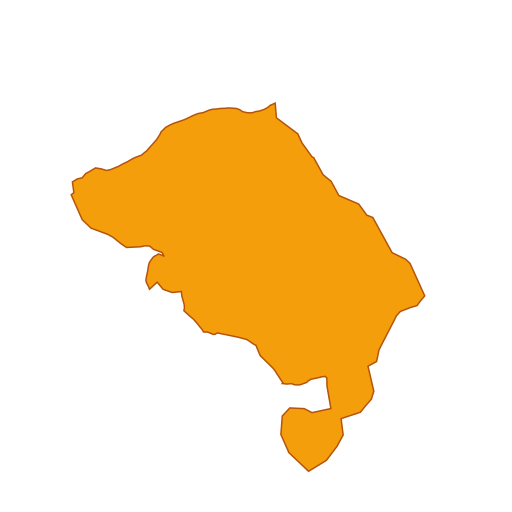 Isiala-Ngwa North, Abia, Nigeria, rotated 41°
{"feature_id": "59680162B87049040782715", "entity_name": "Isiala-Ngwa North", "entity_type": "district", "adm_level": 2, "iso_a3": "NGA", "parent_name": "Nigeria", "parent_adm1": "Abia", "projection": "mercator", "projection_center": [7.407, 5.382], "detail": "fine", "context": "isolated", "style": "filled", "palette": "amber", "viewbox_px": 512, "rotation_deg": 41, "n_neighbors": 0, "source": "geoboundaries", "source_scale": "gbopen_adm2", "svg_char_len": 2779}
<svg xmlns="http://www.w3.org/2000/svg" viewBox="0 0 512 512"><g transform="rotate(41 256 256)"><path d="M170.1,128.0L169.4,129.7L167.9,132.9L167.4,136.2L166.0,140.0L163.6,144.2L161.2,147.0L158.9,150.7L155.6,153.5L151.3,155.8L147.6,156.3L144.3,157.6L142.7,158.8L138.7,161.8L134.9,165.6L132.0,168.3L129.7,171.1L126.8,173.9L124.9,176.7L122.1,182.4L118.8,186.5L117.2,189.5L115.9,192.2L114.4,195.9L112.5,200.1L110.6,203.4L106.8,209.9L104.9,214.1L103.4,218.3L103.1,222.4L102.9,224.4L103.8,227.7L104.3,231.2L104.6,233.8L104.6,237.6L104.6,238.8L104.5,243.2L104.5,248.4L103.9,251.6L103.4,254.9L100.6,260.1L100.3,260.7L99.1,263.3L99.1,263.5L98.5,265.1L97.2,269.0L94.8,274.6L93.3,278.8L91.4,282.5L89.5,286.3L87.1,289.5L82.0,291.8L77.1,294.8L74.9,301.6L73.4,305.4L73.5,311.0L70.5,315.2L69.5,318.5L68.8,320.5L77.0,327.7L76.3,331.0L101.0,342.6L113.3,343.2L130.3,336.8L135.7,335.7L145.9,335.3L151.2,334.7L152.7,334.5L163.1,324.5L165.3,321.4L169.1,318.3L174.3,318.2L182.8,315.0L184.4,315.6L187.1,316.6L186.2,316.6L184.0,317.3L181.0,318.5L180.7,319.9L179.8,322.1L179.4,323.2L179.2,324.3L179.4,328.0L179.7,330.1L179.9,331.1L180.3,332.0L181.0,333.5L182.6,336.0L183.8,337.9L185.6,341.1L187.5,344.5L188.4,345.9L189.3,346.9L190.0,347.5L191.3,348.2L193.2,348.9L195.3,349.8L196.5,350.4L197.1,350.9L197.5,351.0L198.0,345.9L198.6,340.6L207.8,342.1L216.6,338.6L223.0,331.8L223.3,332.2L226.5,335.0L231.9,338.6L233.6,339.7L235.0,341.1L236.0,342.1L237.5,344.6L243.9,344.8L247.3,344.8L250.3,344.7L254.6,345.3L260.2,346.3L263.3,346.8L265.2,347.3L266.2,347.8L269.2,345.3L270.0,345.0L273.3,343.8L274.8,343.4L275.8,342.7L276.4,342.1L277.2,339.5L288.3,333.2L296.4,328.7L304.0,325.0L311.0,324.2L312.6,324.0L314.4,323.4L324.0,328.2L324.4,328.4L325.1,328.5L326.0,328.5L331.0,328.8L340.7,329.4L343.2,329.6L345.9,330.2L348.5,331.0L356.2,333.2L359.1,334.0L359.5,334.0L359.5,335.0L360.0,334.6L361.9,333.4L363.5,332.2L366.4,329.2L367.6,328.6L369.2,328.1L371.0,326.8L373.4,324.8L374.9,322.3L376.1,320.1L377.2,318.2L377.4,315.7L378.2,313.6L378.3,312.9L379.6,311.4L380.5,310.1L382.2,307.9L384.2,305.1L384.4,304.6L385.6,303.3L386.5,302.3L386.9,301.6L389.4,301.5L394.8,307.5L412.6,322.0L401.0,337.5L392.6,339.5L381.2,348.5L380.8,359.5L391.9,374.4L408.8,382.3L409.4,382.8L436.9,384.0L443.2,364.0L442.0,346.5L439.2,333.9L426.9,322.9L437.3,305.4L437.0,297.9L437.0,288.5L433.7,280.8L412.8,265.7L416.2,256.6L414.9,254.1L410.4,246.1L408.5,238.5L402.3,213.1L401.2,209.0L401.3,203.5L401.7,202.4L406.4,193.5L410.1,187.7L409.6,182.9L409.5,175.4L377.0,160.5L371.0,160.3L356.5,164.2L318.9,150.3L312.7,152.5L299.5,149.4L290.7,152.2L278.9,156.0L263.5,150.3L257.0,150.6L253.1,150.6L237.7,144.9L235.0,143.9L233.2,144.4L216.6,140.5L207.4,136.4L180.8,138.3L179.0,136.6L170.1,128.0Z" fill="#f59e0b" stroke="#b45309" stroke-width="1.5"/></g></svg>